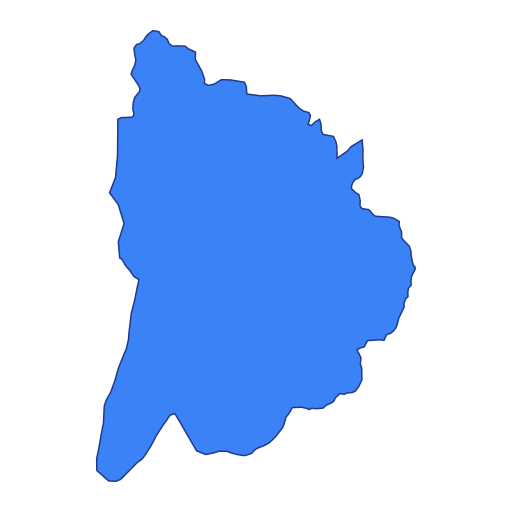 the district of Queimada Nova, Piauí, Brazil
{"feature_id": "56859067B87224566321312", "entity_name": "Queimada Nova", "entity_type": "district", "adm_level": 2, "iso_a3": "BRA", "parent_name": "Brazil", "parent_adm1": "Piauí", "projection": "natural_earth1", "projection_center": [-41.328, -8.508], "detail": "fine", "context": "isolated", "style": "filled", "palette": "blue", "viewbox_px": 512, "rotation_deg": 0, "n_neighbors": 0, "source": "geoboundaries", "source_scale": "gbopen_adm2", "svg_char_len": 3021}
<svg xmlns="http://www.w3.org/2000/svg" viewBox="0 0 512 512"><path d="M362.2,139.9L357.4,142.8L351.4,146.4L347.2,151.1L336.9,158.4L337.1,155.1L336.9,150.7L336.8,146.0L336.0,142.0L333.4,136.4L326.3,135.0L323.1,134.5L321.4,131.0L321.0,123.9L319.5,119.3L314.9,122.1L311.4,125.5L308.1,124.2L309.4,120.4L310.4,115.3L308.9,112.6L303.4,111.0L299.9,108.8L296.2,105.1L292.8,101.4L290.2,98.6L286.7,97.5L280.5,95.8L274.0,95.3L268.7,95.5L260.4,95.8L246.8,94.0L246.3,86.5L244.4,82.2L230.3,79.9L221.4,79.7L214.2,84.1L208.4,85.4L204.4,83.4L204.6,79.3L201.7,71.0L195.3,59.5L195.5,52.1L188.3,48.8L185.0,46.1L181.9,46.1L178.2,45.9L172.3,46.1L169.0,43.5L167.3,39.3L164.1,36.6L161.5,35.7L158.9,31.7L156.0,31.1L152.8,30.7L148.1,34.2L145.7,36.9L144.2,39.6L142.4,41.5L139.6,43.8L136.5,44.5L134.0,48.2L134.6,53.8L135.4,57.5L135.8,60.7L134.4,66.2L132.3,70.3L131.1,74.2L138.4,85.1L140.0,88.4L139.5,91.5L136.6,95.1L134.6,97.7L133.5,101.8L133.0,105.1L132.9,109.6L134.1,114.3L132.4,117.2L125.5,117.5L121.5,117.6L117.9,119.2L117.5,156.1L115.5,177.6L109.5,192.8L118.2,204.4L124.1,223.5L118.3,241.7L119.7,257.9L122.0,259.4L123.7,262.2L125.1,265.0L127.5,267.9L129.8,270.4L131.8,273.5L133.8,276.3L136.7,278.4L139.0,279.5L137.4,286.5L134.7,300.1L131.3,313.3L130.1,323.4L128.9,333.4L128.6,339.0L126.4,348.6L124.2,353.7L122.3,358.4L118.3,368.5L115.0,380.3L110.7,392.2L106.4,399.8L104.3,405.8L103.4,423.9L102.6,426.9L98.9,447.8L96.7,458.5L96.8,470.5L108.6,480.9L115.9,481.3L120.6,479.4L137.1,462.7L142.2,458.9L144.7,455.6L146.6,452.7L150.7,446.3L153.3,441.6L156.4,435.5L159.1,431.4L163.2,425.0L167.0,419.8L169.0,416.4L171.2,414.6L175.0,413.8L180.2,422.5L186.0,432.6L191.4,441.9L194.7,447.5L196.6,450.9L202.4,453.2L205.6,454.5L213.4,453.0L219.0,451.2L226.7,451.3L232.7,453.4L237.7,454.6L243.7,455.6L246.2,455.2L251.5,453.4L254.6,450.1L257.1,448.4L264.2,445.5L267.3,444.0L270.2,442.0L275.4,436.8L282.2,428.2L284.2,423.9L285.9,417.4L289.6,412.6L292.3,407.6L301.3,407.2L306.2,408.3L309.0,409.5L311.8,408.3L316.8,408.7L323.0,408.1L326.2,405.2L331.2,403.0L333.9,401.1L335.2,398.0L339.8,393.7L344.4,394.2L346.8,393.1L349.3,392.7L352.3,392.5L355.4,391.1L358.7,386.6L361.9,379.9L361.7,368.2L360.3,363.8L361.0,358.0L359.0,353.7L356.9,349.9L360.2,348.0L364.3,346.8L367.5,340.6L380.0,339.8L384.0,340.3L386.6,334.8L391.1,333.0L393.8,330.5L395.8,327.9L397.0,325.1L398.7,318.3L404.2,306.9L403.9,303.9L405.4,299.1L408.0,296.6L407.8,292.4L408.4,288.3L411.2,285.1L411.0,280.9L411.2,277.4L413.0,273.2L414.7,270.4L415.3,267.5L413.3,264.9L412.3,261.5L411.7,258.3L411.2,255.6L410.9,251.2L409.4,246.3L403.5,240.2L401.5,237.5L401.7,234.0L401.3,231.2L400.2,228.6L399.0,225.3L399.3,221.6L394.2,218.5L391.7,217.6L389.0,217.1L383.7,216.8L379.7,216.5L375.4,216.2L372.3,214.0L370.6,211.4L368.6,209.6L366.1,209.2L362.0,208.6L360.0,206.0L360.2,200.5L358.9,194.6L355.8,192.8L351.5,188.6L351.6,185.8L352.7,182.8L354.9,179.6L357.2,178.7L360.1,176.9L362.1,174.0L363.5,167.1L362.9,160.7L362.9,155.4L363.0,150.1L362.5,144.0L362.2,139.9Z" fill="#3b82f6" stroke="#1e3a8a" stroke-width="1.5"/></svg>